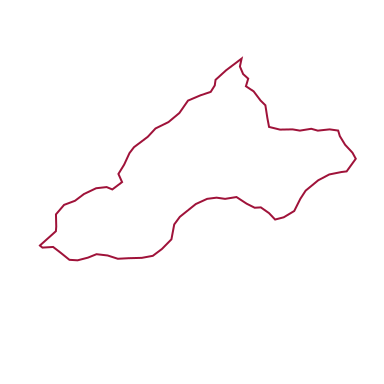 the district of Högsby, Kalmar, Sweden, rotated 323°
{"feature_id": "70781695B22116404340246", "entity_name": "Högsby", "entity_type": "district", "adm_level": 2, "iso_a3": "SWE", "parent_name": "Sweden", "parent_adm1": "Kalmar", "projection": "equal_earth", "projection_center": [15.953, 57.139], "detail": "fine", "context": "isolated", "style": "outline", "palette": "rose", "viewbox_px": 384, "rotation_deg": 323, "n_neighbors": 0, "source": "geoboundaries", "source_scale": "gbopen_adm2", "svg_char_len": 1146}
<svg xmlns="http://www.w3.org/2000/svg" viewBox="0 0 384 384"><g transform="rotate(323 192 192)"><path d="M327.9,268.6L342.8,264.0L343.8,257.2L342.7,246.4L343.7,236.3L345.7,230.9L339.6,224.8L329.4,218.7L325.3,213.3L315.1,207.9L310.0,202.5L299.8,195.1L292.7,186.4L296.7,178.3L302.8,166.9L301.8,160.2L301.8,148.7L298.7,140.0L305.1,135.3L303.8,128.6L305.8,120.6L311.9,115.3L292.6,115.3L278.3,116.6L274.3,120.6L267.2,123.3L257.0,119.9L254.6,119.3L243.8,116.6L229.5,121.3L215.3,122.0L201.1,119.3L189.9,121.3L172.6,121.3L165.5,123.3L154.3,129.3L144.1,133.3L142.1,142.0L129.9,142.0L126.8,136.7L117.7,131.3L104.5,128.6L93.3,128.6L82.1,125.3L69.9,128.0L62.7,138.0L59.7,141.4L38.3,143.2L38.3,143.3L39.1,146.4L48.0,152.3L50.6,161.7L53.3,172.4L59.5,177.7L69.4,181.8L78.3,184.2L86.4,191.9L92.6,200.7L101.5,206.7L112.3,214.4L122.3,219.4L133.8,219.4L147.1,217.4L158.3,207.2L167.4,204.5L187.8,203.9L200.0,206.6L208.2,211.3L214.3,217.4L224.5,222.8L228.6,234.2L232.6,242.3L237.7,245.7L240.8,255.2L241.8,264.0L250.0,267.4L262.2,268.7L274.5,262.6L283.6,259.3L299.9,258.6L312.2,260.6L323.4,266.0L327.9,268.6Z" fill="none" stroke="#9f1239" stroke-width="2"/></g></svg>